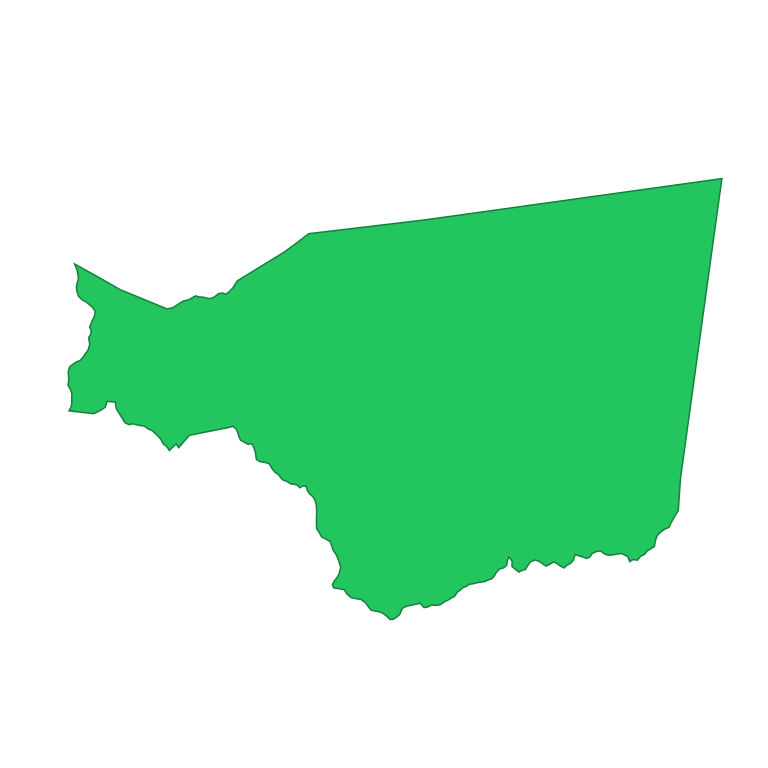 the district of Serra Dourada, Bahia, Brazil, rotated 5°
{"feature_id": "56859067B90696169836223", "entity_name": "Serra Dourada", "entity_type": "district", "adm_level": 2, "iso_a3": "BRA", "parent_name": "Brazil", "parent_adm1": "Bahia", "projection": "equal_earth", "projection_center": [-43.899, -12.812], "detail": "fine", "context": "isolated", "style": "filled", "palette": "green", "viewbox_px": 768, "rotation_deg": 5, "n_neighbors": 0, "source": "geoboundaries", "source_scale": "gbopen_adm2", "svg_char_len": 3081}
<svg xmlns="http://www.w3.org/2000/svg" viewBox="0 0 768 768"><g transform="rotate(5 384 384)"><path d="M72.5,438.2L97.1,438.9L100.3,437.2L103.7,435.1L108.3,431.4L109.7,425.4L117.9,425.5L119.4,431.9L122.4,435.9L125.3,439.7L129.2,445.0L133.6,446.8L136.8,445.6L140.3,446.0L143.3,446.5L149.1,446.8L152.9,449.3L157.3,450.8L160.7,453.5L164.0,456.1L166.9,459.0L169.1,462.7L173.0,465.3L176.0,468.9L182.1,461.9L185.0,465.3L194.6,452.1L197.6,451.2L227.8,442.4L232.1,441.2L237.1,439.3L240.2,441.4L242.4,444.8L244.1,449.1L246.1,452.5L249.8,454.2L253.9,456.0L257.4,454.8L260.1,459.1L262.0,463.8L263.4,470.3L267.4,472.2L272.4,472.5L277.0,473.7L280.0,478.3L283.4,481.6L287.1,483.7L289.4,486.5L292.0,488.6L295.8,489.5L300.0,491.7L302.9,491.7L306.3,492.3L309.4,494.7L311.9,492.6L315.3,492.7L316.9,496.7L319.6,500.2L323.0,502.4L325.6,506.2L327.3,511.2L328.1,517.5L328.4,523.2L328.8,528.2L329.5,533.9L332.7,538.1L335.1,541.8L339.5,543.5L344.3,545.8L347.7,553.8L351.7,558.8L354.1,563.6L356.8,570.3L356.0,576.1L354.7,579.8L351.8,584.4L350.0,588.4L351.8,591.5L356.5,591.8L362.2,592.3L365.6,596.6L370.0,599.7L374.4,600.3L379.8,600.6L384.8,603.7L387.4,606.8L390.9,610.4L394.7,611.0L399.3,611.4L402.9,612.5L406.5,614.8L410.5,618.1L413.9,617.5L416.8,615.3L419.7,612.3L421.9,605.8L426.1,603.3L429.9,602.2L435.9,600.3L439.2,599.3L443.4,603.3L447.3,602.2L450.7,600.1L456.0,599.9L459.8,598.7L462.8,595.9L467.4,593.2L469.9,591.3L472.7,589.5L475.1,585.1L477.5,583.1L480.3,580.0L483.7,578.5L486.4,576.1L489.5,575.4L495.2,573.5L498.4,572.9L502.3,571.7L505.6,569.8L508.4,568.6L510.7,565.4L512.6,561.4L515.3,558.2L519.3,556.7L521.9,554.0L522.2,549.4L523.6,545.4L527.1,549.3L527.4,554.7L531.7,557.6L534.9,559.6L537.7,557.6L541.1,556.5L542.9,552.5L545.5,548.4L549.8,546.2L554.1,547.1L557.6,549.3L561.4,551.3L565.3,548.8L568.8,546.4L572.1,547.9L576.0,550.2L579.3,551.5L582.2,548.5L585.5,546.4L588.1,542.9L589.2,537.4L596.6,538.9L600.9,540.1L604.2,538.5L605.9,534.9L610.2,532.4L614.2,531.4L618.6,534.1L622.2,535.0L626.0,534.5L631.4,533.0L635.4,532.2L638.5,533.3L641.8,534.7L644.3,539.5L647.4,537.2L651.9,537.4L654.6,533.3L658.4,531.0L660.8,527.4L663.9,525.1L667.5,522.3L667.9,517.5L669.1,511.7L671.3,508.7L674.1,506.0L677.0,503.7L680.4,502.0L682.1,497.2L683.9,493.4L685.9,489.0L688.2,484.4L687.6,452.3L694.6,311.8L702.7,149.9L574.9,179.2L523.1,191.1L409.6,217.1L295.9,240.8L286.0,249.9L273.2,261.2L232.4,291.4L228.8,294.1L226.6,298.3L225.0,301.5L221.6,305.7L218.4,308.4L215.3,307.4L211.4,308.4L207.7,311.8L204.6,313.8L200.9,314.1L197.0,313.3L192.3,313.4L188.6,312.6L185.3,314.9L182.0,317.2L177.0,318.7L166.9,326.4L161.3,328.1L113.0,313.0L97.7,305.9L65.3,291.4L68.1,296.8L69.5,301.3L70.4,305.7L69.4,310.5L69.2,314.7L70.2,319.3L72.3,323.5L76.3,326.7L79.9,328.1L83.1,330.3L86.8,333.0L89.9,336.6L89.6,341.5L87.4,347.6L85.7,352.9L87.6,356.0L87.5,359.9L85.7,363.8L87.4,370.1L86.1,376.4L83.8,379.7L82.1,383.1L79.3,387.1L76.4,388.4L73.3,390.6L69.3,394.3L68.4,399.0L68.9,402.8L69.6,407.3L69.3,412.8L72.3,417.1L73.9,420.8L74.2,425.6L74.7,430.1L74.3,434.3L72.5,438.2Z" fill="#22c55e" stroke="#15803d" stroke-width="1.5"/></g></svg>